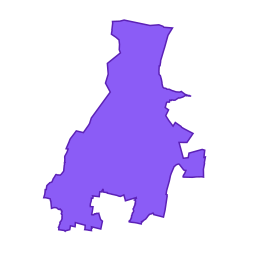 Zinacantepec, México, Mexico (Mercator projection), rotated 184°
{"feature_id": "50627088B3393868502774", "entity_name": "Zinacantepec", "entity_type": "district", "adm_level": 2, "iso_a3": "MEX", "parent_name": "Mexico", "parent_adm1": "México", "projection": "mercator", "projection_center": [-99.791, 19.204], "detail": "fine", "context": "isolated", "style": "filled", "palette": "violet", "viewbox_px": 256, "rotation_deg": 184, "n_neighbors": 0, "source": "geoboundaries", "source_scale": "gbopen_adm2", "svg_char_len": 5289}
<svg xmlns="http://www.w3.org/2000/svg" viewBox="0 0 256 256"><g transform="rotate(184 128 128)"><path d="M49.2,84.3L49.9,92.1L49.2,97.8L49.4,99.1L48.8,104.5L50.2,104.0L49.9,111.2L52.5,111.8L65.4,107.2L65.9,102.6L70.7,101.7L76.1,117.2L68.2,117.7L62.7,127.1L71.9,131.1L74.7,132.5L75.1,133.2L81.2,136.8L83.2,133.0L87.8,138.3L91.2,142.9L90.4,145.0L88.8,148.9L92.3,151.0L91.3,156.2L90.7,156.6L88.5,156.7L88.1,158.8L86.7,158.5L86.3,159.1L84.6,158.9L84.5,159.0L83.1,159.0L79.4,161.7L78.5,161.5L75.3,162.8L73.1,164.4L71.9,164.2L70.6,164.8L70.3,164.2L67.2,164.2L68.5,164.3L68.8,164.7L69.3,164.5L69.9,164.5L70.6,164.8L71.6,165.0L72.3,165.3L73.9,165.8L74.9,166.6L76.0,167.2L77.3,168.2L79.0,167.4L82.6,167.4L86.0,168.3L86.4,168.3L89.5,169.5L91.8,169.4L93.0,170.2L95.1,170.4L96.1,171.3L96.7,173.0L97.2,174.7L97.3,175.8L98.1,178.8L99.4,182.5L100.4,183.3L100.7,183.7L100.9,184.3L100.8,184.8L101.1,186.6L101.2,192.1L100.5,192.2L100.4,192.4L100.2,195.0L100.1,195.9L100.1,197.7L99.5,200.3L98.0,207.1L97.0,211.4L94.6,223.2L90.6,230.9L99.2,231.0L100.3,231.9L104.4,233.1L113.2,231.8L139.4,235.4L143.6,234.0L150.9,233.2L150.6,231.4L150.9,224.7L150.7,224.4L151.0,221.9L151.1,220.4L146.4,217.7L143.1,215.2L142.3,210.8L142.2,205.5L140.8,202.4L153.1,191.0L151.5,180.4L153.6,171.2L148.2,162.6L165.3,135.4L166.6,129.9L167.6,127.9L172.2,120.3L179.4,121.5L181.5,118.2L184.7,113.4L185.3,111.9L185.8,110.1L188.3,103.0L186.3,102.8L186.9,100.5L187.6,98.6L188.9,95.9L189.1,95.2L189.1,94.3L189.0,93.6L188.8,92.1L188.8,91.0L188.9,90.5L188.7,90.0L188.4,89.2L189.0,88.9L188.9,88.4L188.9,88.1L188.8,87.2L189.0,86.3L189.1,82.4L189.1,80.9L189.1,80.7L189.8,79.4L190.1,79.1L191.1,77.5L191.5,77.1L192.2,76.3L194.8,76.3L195.1,76.2L196.3,76.6L196.7,76.5L197.4,75.2L197.8,74.3L199.0,72.2L199.2,71.7L199.4,71.0L199.5,70.5L200.0,69.4L200.0,69.1L200.5,68.6L202.2,68.0L202.3,67.8L202.4,67.7L202.5,67.5L203.1,67.0L204.6,65.3L205.0,64.7L205.2,62.2L205.2,60.9L206.3,60.8L206.3,59.5L206.2,58.8L206.3,58.8L206.3,58.1L206.4,56.4L206.5,55.6L206.7,54.9L207.2,52.6L205.4,52.7L204.6,52.6L203.3,52.4L200.7,51.9L200.4,50.9L200.3,50.0L199.9,49.7L198.7,42.5L196.5,43.4L195.9,43.5L193.8,43.5L193.4,43.3L192.6,42.6L192.4,42.5L191.5,42.0L190.7,41.9L190.1,42.5L189.9,42.4L189.5,42.0L189.0,41.3L188.9,41.4L188.7,41.3L188.7,41.2L188.6,40.8L188.6,40.6L188.4,40.6L188.2,40.5L188.0,40.4L188.0,40.1L188.1,39.6L188.1,39.1L188.6,38.3L188.5,38.2L188.4,38.0L188.5,37.8L188.3,37.3L188.1,37.3L188.1,37.2L187.7,36.9L187.7,36.6L187.7,36.3L187.5,35.4L187.7,35.1L187.6,34.9L187.2,34.9L187.6,34.7L187.5,34.1L187.7,33.7L187.6,33.4L187.4,33.2L187.5,32.9L187.7,31.8L188.0,31.5L188.1,31.0L188.3,30.7L188.3,30.4L188.9,30.0L189.0,29.7L189.0,29.4L189.3,29.2L189.3,28.4L189.0,28.0L189.1,27.6L189.4,27.1L189.6,26.8L189.7,26.4L189.9,25.0L190.4,24.3L190.0,24.2L190.0,21.7L188.2,21.6L185.2,21.4L184.1,21.3L183.9,20.9L183.5,20.6L183.2,21.1L179.0,22.5L178.6,26.4L173.9,25.8L173.8,27.1L173.9,27.8L173.9,30.0L163.9,28.0L163.9,24.4L164.1,23.6L161.5,23.5L160.0,23.3L157.3,23.1L157.4,23.7L157.5,25.5L156.9,25.6L157.1,26.2L157.4,26.9L148.1,25.3L147.0,33.3L148.9,34.7L150.0,37.5L151.2,40.8L151.3,40.7L151.7,40.7L152.2,40.6L152.5,40.7L153.1,40.8L153.6,40.3L154.2,40.3L154.7,39.9L154.8,40.0L154.7,40.2L154.8,40.2L155.2,40.1L155.3,39.9L155.5,39.9L155.5,39.7L155.8,39.5L156.1,39.0L156.3,39.1L157.4,39.0L157.5,38.9L157.8,38.9L157.8,39.3L158.2,39.4L157.8,42.2L157.4,47.0L160.1,47.0L160.1,47.5L160.3,47.9L160.3,48.7L160.2,49.9L160.2,50.2L159.7,52.1L159.6,52.9L159.5,54.5L159.6,55.4L158.2,55.4L158.0,57.2L158.4,57.6L158.5,57.8L156.6,57.7L155.2,57.6L151.9,57.5L151.9,58.9L151.8,60.1L151.8,61.1L151.6,62.5L149.8,62.4L149.6,63.7L149.1,63.7L149.0,64.9L148.5,64.9L148.6,63.5L148.2,63.4L148.2,62.4L146.6,62.2L144.3,62.2L144.2,61.6L139.9,60.9L139.1,60.7L138.1,60.6L134.3,60.0L132.4,59.4L130.8,59.2L127.5,60.9L126.1,57.2L125.5,55.2L115.9,58.8L115.5,58.9L115.0,59.2L114.9,58.6L115.0,58.5L114.9,58.4L115.2,58.2L115.4,57.8L115.9,57.3L116.1,56.9L115.9,56.7L116.0,56.6L115.9,56.6L115.9,56.4L116.0,56.4L115.8,56.2L115.5,56.0L115.5,55.6L115.3,55.2L115.5,54.7L115.4,54.4L115.5,54.2L115.6,53.9L115.4,53.5L115.5,53.1L115.4,53.1L115.3,52.9L115.5,52.8L115.4,52.7L115.5,52.6L115.6,52.3L115.7,52.1L115.8,52.0L115.8,51.6L115.9,51.3L115.8,51.0L116.0,50.8L116.1,50.6L116.3,50.4L116.3,49.8L116.5,49.7L116.5,49.3L116.6,49.0L116.9,48.3L117.2,47.8L117.1,47.7L117.2,47.2L116.5,45.7L116.7,44.9L116.8,44.5L117.7,43.4L117.7,43.1L117.6,42.9L117.9,42.2L117.8,41.9L118.0,41.2L118.3,40.8L118.2,40.6L118.4,39.2L118.2,38.6L118.4,38.3L118.6,38.3L118.7,38.2L118.7,37.5L119.0,37.2L119.5,35.6L119.8,35.3L120.0,35.3L120.1,34.9L120.2,35.0L120.3,35.3L120.4,35.2L120.3,34.5L117.9,34.2L114.7,34.1L111.9,33.8L110.4,33.5L108.1,33.2L108.1,33.3L108.4,33.5L107.4,35.3L107.8,35.5L107.1,36.1L106.7,36.0L105.9,37.0L103.9,38.5L103.5,39.2L103.2,39.6L102.8,40.1L102.1,41.4L101.7,41.8L101.6,42.1L101.2,42.4L100.8,43.2L100.7,43.2L100.1,43.6L99.6,43.7L98.8,43.9L98.2,44.2L97.9,44.6L97.0,44.8L96.9,44.5L96.9,44.4L96.2,43.8L96.0,43.6L96.1,43.4L86.4,41.6L85.3,48.7L84.3,61.6L84.2,62.3L84.4,64.2L85.4,64.4L85.1,68.2L83.1,77.9L82.3,83.6L81.6,86.1L79.3,92.7L79.2,92.7L77.1,94.8L75.1,95.6L74.3,95.4L69.5,90.0L68.2,89.7L67.3,89.7L68.2,86.9L69.4,84.6L69.7,83.5L69.5,82.9L60.5,83.3L56.4,84.0L50.8,84.5L49.2,84.3Z" fill="#8b5cf6" stroke="#5b21b6" stroke-width="1.5"/></g></svg>